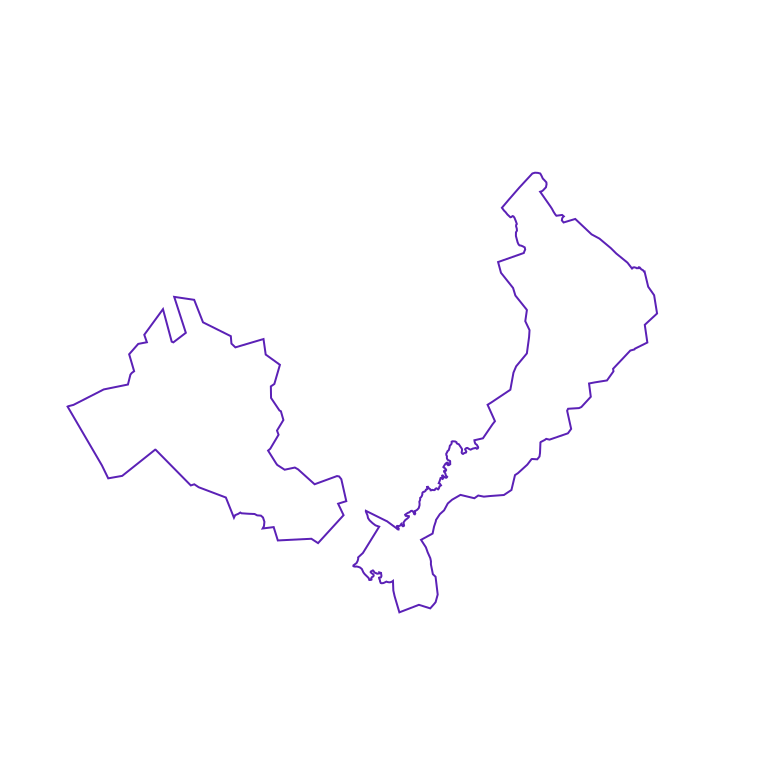 Bade, Yobe, Nigeria, rotated 140°
{"feature_id": "59680162B86291828303656", "entity_name": "Bade", "entity_type": "district", "adm_level": 2, "iso_a3": "NGA", "parent_name": "Nigeria", "parent_adm1": "Yobe", "projection": "natural_earth1", "projection_center": [10.914, 12.715], "detail": "fine", "context": "isolated", "style": "outline", "palette": "violet", "viewbox_px": 768, "rotation_deg": 140, "n_neighbors": 0, "source": "geoboundaries", "source_scale": "gbopen_adm2", "svg_char_len": 6167}
<svg xmlns="http://www.w3.org/2000/svg" viewBox="0 0 768 768"><g transform="rotate(140 384 384)"><path d="M479.4,298.5L479.8,298.1L480.1,297.3L481.1,294.0L482.4,291.6L482.7,288.8L482.2,284.8L481.4,281.2L479.4,277.8L508.8,268.1L515.3,267.8L516.0,266.8L517.8,265.5L520.1,264.5L524.0,264.7L524.5,264.2L524.2,263.4L523.3,262.5L522.4,261.9L521.2,260.4L520.3,258.8L519.9,256.5L520.9,252.9L521.0,250.8L520.5,245.6L520.7,244.6L521.2,243.3L519.9,242.3L519.3,242.2L519.0,242.6L519.1,243.0L518.8,243.3L518.1,243.6L517.4,243.8L516.0,243.5L515.3,243.7L514.8,244.2L514.6,245.0L514.8,246.1L515.1,246.9L515.2,248.4L514.7,248.8L514.3,248.8L513.3,248.5L512.7,248.5L512.3,248.3L512.2,247.2L512.4,246.1L512.3,245.4L512.0,244.7L511.6,244.2L511.4,243.5L511.1,243.0L510.1,242.5L509.8,242.1L509.3,241.9L509.0,242.3L508.7,242.7L507.7,241.2L508.4,240.2L508.9,239.2L509.6,238.4L510.3,238.0L511.0,237.9L511.7,238.6L512.3,238.8L512.6,238.3L513.0,237.3L513.2,236.3L513.8,235.6L514.4,233.7L513.8,232.8L512.4,231.9L510.6,231.4L509.2,231.1L508.7,230.2L508.0,229.3L507.0,228.3L505.2,227.5L503.7,227.4L509.6,219.8L512.3,214.6L519.0,199.2L499.2,192.4L492.8,182.4L487.3,183.2L484.7,183.7L478.2,188.2L468.4,203.2L468.8,206.9L464.0,215.7L462.0,218.0L460.5,220.8L458.7,227.1L456.9,231.9L455.8,240.8L442.9,238.2L437.3,242.6L432.6,245.5L431.6,246.4L424.9,248.4L419.2,248.6L411.9,251.5L406.2,251.6L396.7,249.9L388.2,238.4L383.5,238.0L379.9,233.5L374.9,230.1L363.5,221.9L354.5,220.9L342.2,230.0L338.6,229.6L326.1,230.1L319.3,231.6L318.8,231.4L315.0,227.8L311.5,228.5L308.9,230.8L301.7,238.7L301.2,238.8L296.8,237.8L295.0,237.7L293.0,235.0L274.8,228.0L269.5,229.3L260.9,245.8L258.9,246.7L250.1,240.2L247.6,239.5L233.8,241.3L226.6,252.6L221.4,249.7L210.9,243.4L200.1,246.2L198.7,248.4L173.8,251.3L169.9,249.5L169.2,249.8L155.6,246.5L146.2,261.7L129.5,262.5L120.0,278.4L119.1,288.7L112.1,302.7L112.6,302.9L112.5,304.5L112.6,305.3L113.1,306.0L113.2,306.7L113.2,308.2L113.7,308.5L113.3,309.0L113.5,309.4L113.9,309.7L114.5,309.4L115.0,309.5L115.8,310.1L116.1,310.4L116.2,311.1L116.9,312.0L117.3,312.6L118.4,313.2L118.8,313.2L119.3,312.9L119.8,313.0L119.5,320.5L122.2,334.6L122.9,342.3L125.5,356.9L128.8,365.2L131.4,387.5L142.6,392.3L142.6,395.0L141.0,396.4L139.7,396.8L138.5,396.8L138.6,397.5L138.9,399.0L143.8,402.1L143.8,404.0L143.4,407.0L142.7,410.3L142.4,412.8L140.8,430.9L139.1,430.2L137.8,430.1L133.5,430.6L131.1,432.5L130.0,434.1L130.1,437.1L130.3,439.3L129.5,442.2L129.0,444.8L130.4,446.8L132.5,448.8L135.0,449.9L154.0,447.5L169.9,445.0L180.4,443.2L180.6,439.7L180.4,437.6L180.5,434.5L180.0,430.5L179.2,430.1L177.6,430.0L177.1,429.2L177.2,427.5L178.3,424.1L179.4,421.2L180.5,420.9L181.4,420.0L182.4,417.7L183.6,416.0L185.4,415.4L187.8,412.6L190.6,406.6L191.2,404.4L191.1,403.1L190.1,402.0L189.2,400.3L188.4,398.2L189.4,396.3L191.4,395.3L192.7,394.5L218.2,404.1L222.9,394.0L223.4,374.6L226.5,367.3L226.9,349.4L227.0,348.8L235.4,341.3L237.9,331.7L242.7,326.7L254.9,315.6L271.4,312.6L277.5,309.5L290.9,298.4L313.9,300.9L318.0,301.5L322.9,284.2L326.7,283.4L343.1,278.8L350.9,282.8L351.7,281.5L352.2,280.3L352.4,279.4L352.0,277.8L352.4,275.3L352.8,274.7L353.5,274.4L354.5,274.7L354.7,275.3L354.7,276.0L355.3,276.3L357.6,277.5L359.8,278.0L360.5,279.2L360.8,280.2L361.2,281.4L362.1,282.0L363.8,281.9L364.2,280.3L364.4,279.3L365.2,278.8L367.1,279.6L368.1,279.5L368.6,279.9L368.8,280.8L368.5,281.7L366.8,283.1L366.1,284.0L365.9,284.9L365.4,289.8L366.0,290.7L366.4,291.8L365.9,292.9L366.4,294.2L367.5,295.3L368.5,296.2L369.3,296.3L369.9,295.5L370.7,294.8L371.9,294.5L373.2,294.4L374.9,293.0L377.0,291.7L378.7,291.7L379.6,291.1L381.1,290.6L381.9,289.6L382.2,288.2L383.0,287.4L383.7,286.4L383.9,285.1L383.7,284.1L383.2,283.3L382.9,282.6L383.2,282.0L384.0,281.1L384.8,280.0L386.3,280.1L387.1,280.6L387.2,281.4L386.3,281.6L385.8,282.2L386.0,283.0L386.7,283.4L388.6,283.3L391.9,282.2L391.8,281.3L391.5,280.6L391.4,279.3L391.6,278.2L392.3,277.8L393.2,277.9L393.4,278.7L394.0,278.7L394.4,278.2L394.3,277.4L394.5,276.0L395.1,274.9L395.4,273.6L395.3,272.3L395.9,272.1L396.6,272.2L397.1,272.8L397.5,273.7L397.7,274.8L397.8,276.2L398.4,276.4L398.8,275.7L399.2,274.6L399.6,273.6L400.3,273.7L400.5,275.3L401.1,275.6L403.7,273.9L405.8,272.8L405.4,272.2L405.3,271.3L405.5,269.7L407.3,269.9L409.1,268.7L410.3,268.5L410.6,269.1L410.6,270.0L411.0,270.5L412.3,270.6L413.2,270.2L413.9,270.5L415.0,271.8L415.8,272.0L416.6,272.6L416.2,273.2L416.3,274.0L416.6,274.8L416.6,275.9L416.4,277.0L417.2,277.5L418.4,275.7L419.4,275.8L419.9,276.1L420.8,275.5L422.3,275.5L423.0,276.0L423.9,276.1L424.8,275.8L425.3,275.0L426.8,274.0L428.2,273.5L429.5,273.5L430.9,271.9L432.6,271.1L433.8,269.3L434.8,268.2L437.2,266.6L439.4,266.3L441.0,266.5L442.1,266.9L442.4,266.2L442.9,265.6L443.4,264.6L444.2,264.4L444.5,265.0L444.2,265.8L443.9,266.4L443.8,267.1L444.1,268.9L444.9,269.4L446.9,269.4L448.8,270.0L451.8,270.3L452.1,269.5L452.0,268.8L450.7,267.7L449.9,266.8L450.3,266.2L451.4,266.0L453.6,266.0L455.2,266.1L458.3,265.3L458.5,264.6L459.0,263.9L459.4,262.9L460.2,262.5L460.9,262.8L461.1,263.6L460.8,264.7L460.6,265.7L461.3,265.6L462.0,265.1L463.0,265.3L464.0,265.6L464.7,266.5L465.4,266.8L465.7,266.4L465.4,265.7L465.6,263.8L466.4,263.2L467.0,264.0L467.1,265.3L467.4,266.5L470.0,277.2L470.4,277.9L479.4,298.5ZM602.2,560.0L635.3,567.6L640.1,569.9L640.9,570.1L652.4,503.0L655.9,489.0L643.6,481.9L601.5,480.8L601.2,480.5L597.2,430.5L593.8,429.1L592.3,424.0L578.1,398.7L584.9,378.0L582.3,379.2L579.1,378.2L576.7,377.9L576.3,376.6L571.2,371.7L566.7,367.6L565.6,364.9L562.9,362.3L562.5,359.5L564.2,355.3L567.3,352.3L569.8,351.3L560.5,345.3L565.9,332.4L539.1,312.1L536.8,304.5L499.3,309.5L496.1,321.8L488.2,318.5L477.9,338.5L477.8,342.0L479.2,343.7L501.6,351.8L504.7,373.9L506.0,377.3L515.2,382.2L517.8,390.6L517.7,392.4L515.6,407.5L512.8,407.5L497.4,412.9L495.9,417.1L484.2,421.1L480.5,429.4L481.1,430.9L479.5,445.9L472.2,454.9L468.0,454.5L451.4,465.6L455.7,482.6L447.4,495.9L474.3,507.6L474.9,513.0L470.6,519.1L483.0,547.6L475.3,570.5L488.7,585.6L502.9,550.6L518.6,551.3L519.4,552.9L505.2,583.4L536.0,575.8L538.8,568.4L546.5,572.7L560.1,570.6L567.2,554.4L570.1,554.6L572.2,554.2L580.5,548.2L602.2,560.0Z" fill="none" stroke="#5b21b6" stroke-width="2"/></g></svg>